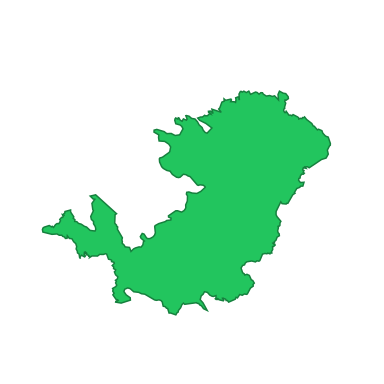 Xicotlán, Puebla, Mexico (Robinson projection), rotated 304°
{"feature_id": "50627088B38416403293523", "entity_name": "Xicotlán", "entity_type": "district", "adm_level": 2, "iso_a3": "MEX", "parent_name": "Mexico", "parent_adm1": "Puebla", "projection": "robinson", "projection_center": [-98.627, 18.113], "detail": "fine", "context": "isolated", "style": "filled", "palette": "green", "viewbox_px": 384, "rotation_deg": 304, "n_neighbors": 0, "source": "geoboundaries", "source_scale": "gbopen_adm2", "svg_char_len": 6017}
<svg xmlns="http://www.w3.org/2000/svg" viewBox="0 0 384 384"><g transform="rotate(304 192 192)"><path d="M309.6,279.6L313.7,274.2L313.0,271.4L313.9,267.6L315.5,265.4L314.8,261.8L313.6,261.2L314.9,256.6L314.5,255.6L315.8,253.0L316.2,246.5L317.2,243.3L316.1,243.1L315.6,242.1L314.3,242.1L313.9,240.9L312.2,239.7L313.1,239.0L313.3,237.7L312.7,232.5L311.0,232.2L311.0,231.0L309.9,229.4L311.6,224.9L310.2,225.2L309.7,224.4L310.6,222.6L311.9,221.8L313.3,222.1L314.1,221.3L318.1,220.0L318.9,218.3L320.4,217.7L320.7,218.7L323.3,219.7L324.8,218.4L326.0,214.7L324.9,212.3L324.5,208.1L320.9,208.8L316.7,212.2L317.9,206.7L316.1,205.1L315.4,202.4L313.1,200.0L313.0,196.4L313.7,194.9L312.8,193.5L310.6,192.9L310.9,190.3L310.4,188.8L305.7,185.9L307.4,182.7L304.8,181.4L304.6,178.6L302.9,177.8L302.9,176.4L302.3,175.9L299.5,176.2L295.2,179.5L295.0,179.2L296.1,178.3L296.5,176.9L294.5,175.5L293.1,176.9L290.6,178.0L290.5,176.7L288.5,173.5L290.4,173.2L290.8,172.3L286.9,168.7L287.1,166.5L285.3,167.9L283.2,166.5L277.3,168.0L275.7,167.7L274.8,170.9L274.3,171.1L271.8,162.2L269.2,165.1L268.7,164.6L269.4,163.9L269.4,162.0L268.1,160.5L267.2,161.3L267.8,161.9L267.0,164.1L266.7,162.9L263.8,162.1L262.7,160.6L262.7,159.6L260.1,158.8L259.0,157.2L256.5,155.4L255.7,158.3L256.6,165.2L256.2,172.7L249.2,171.6L248.7,169.6L249.5,166.7L251.1,164.3L251.6,160.4L253.2,157.4L254.2,153.7L252.8,150.5L253.2,147.2L252.2,144.5L251.8,144.2L249.7,147.2L248.4,147.2L247.8,144.0L245.1,144.2L245.0,142.0L246.1,139.7L245.9,139.2L245.2,139.8L244.5,139.5L244.3,137.1L243.3,137.0L241.8,137.6L239.5,140.4L240.9,144.6L240.7,146.8L239.3,149.2L232.5,149.8L229.4,146.4L228.9,142.0L226.3,138.4L226.5,135.1L224.2,127.8L222.1,126.0L220.4,127.0L220.8,132.5L218.3,133.9L215.9,136.2L218.7,141.1L218.7,146.0L217.4,149.1L213.0,151.0L211.7,150.8L204.2,148.0L202.2,146.3L201.2,146.4L198.7,148.4L196.0,152.7L195.5,155.0L195.8,159.1L197.0,162.2L195.6,165.9L195.6,170.9L196.5,172.9L197.7,173.9L201.9,174.9L203.1,177.6L203.0,179.3L203.7,181.9L200.8,192.4L201.0,193.5L202.5,194.7L203.9,197.5L203.8,199.7L203.2,200.3L197.5,199.0L193.6,196.9L191.2,192.7L190.3,189.4L188.8,187.8L187.1,188.5L186.2,190.5L181.8,193.2L177.7,194.0L175.6,195.6L174.2,195.9L172.1,195.8L169.5,194.6L168.4,190.5L167.3,189.0L159.1,185.8L158.1,186.6L158.6,189.3L156.9,190.1L154.3,187.0L152.4,186.3L147.2,182.1L143.5,180.2L142.5,180.4L137.6,184.5L135.1,185.1L132.7,184.7L129.9,183.2L128.6,181.4L128.5,180.0L130.3,175.8L129.8,173.9L126.1,174.1L125.1,175.7L124.7,179.9L123.7,179.5L120.8,180.8L117.8,180.6L116.9,178.8L114.0,176.4L112.2,175.4L108.6,174.7L111.1,171.2L109.1,167.2L110.0,165.6L110.5,162.7L112.1,161.9L113.0,160.7L115.1,159.9L119.4,151.0L121.5,149.9L121.5,148.6L122.3,148.0L122.9,145.4L130.2,140.9L131.8,141.6L135.8,113.7L131.7,109.9L130.9,113.9L131.6,115.5L126.6,115.4L121.8,119.7L121.5,120.7L115.1,121.7L113.0,123.9L112.5,126.9L110.6,128.1L109.2,131.2L107.3,133.1L105.4,133.4L103.2,129.0L104.0,124.2L103.4,122.0L103.4,118.2L102.5,115.4L103.0,113.1L102.0,111.2L103.6,110.4L103.8,108.2L105.3,107.9L107.5,102.6L109.2,101.4L104.8,97.6L103.4,98.3L101.7,97.8L101.2,98.6L100.8,97.2L99.8,98.8L98.6,99.0L98.0,98.1L95.3,97.7L94.6,99.1L91.3,99.3L90.4,97.8L88.7,97.1L85.2,97.0L85.4,95.3L84.5,95.0L84.4,92.4L80.2,89.1L78.9,88.6L77.2,89.0L75.4,90.8L78.6,99.6L81.7,103.5L81.9,106.1L83.4,108.3L82.9,109.5L83.4,111.5L82.7,113.0L83.7,114.3L86.0,113.1L84.9,116.3L86.1,118.6L84.6,121.7L84.2,124.5L82.3,126.9L80.0,127.8L78.9,129.9L77.5,131.1L77.4,133.1L74.8,135.5L74.4,136.8L75.4,135.5L77.8,135.7L78.1,139.2L78.6,139.4L79.4,139.3L79.8,137.7L81.9,136.5L82.7,137.0L82.5,138.3L81.0,137.7L81.9,139.5L81.1,139.9L81.6,141.4L80.9,142.3L81.4,142.6L81.4,143.8L80.8,143.9L83.1,144.9L86.1,149.5L88.7,150.4L90.6,153.4L92.5,154.8L92.8,156.0L89.6,160.4L90.4,162.5L90.4,163.7L89.3,164.2L90.1,166.7L89.4,167.5L86.4,167.0L86.1,169.0L84.6,169.8L84.9,172.1L83.7,172.6L82.4,172.3L80.6,175.0L80.2,178.0L78.1,178.7L76.0,177.9L75.7,179.2L73.9,179.5L72.7,181.7L70.9,181.7L67.6,180.1L67.0,181.2L65.5,181.7L64.5,184.0L62.5,183.9L60.5,189.1L61.1,190.7L60.8,191.4L58.7,190.0L58.0,190.3L60.3,195.4L67.9,201.4L69.8,199.9L69.9,195.0L71.4,191.2L73.8,190.6L76.6,192.4L77.3,194.8L76.7,199.5L79.0,203.9L79.4,207.0L80.9,210.0L81.6,221.3L82.3,223.1L84.2,225.0L84.7,227.2L84.2,228.8L81.2,232.0L82.0,234.1L81.4,235.7L81.8,237.0L78.8,240.7L79.7,241.9L81.1,247.3L83.5,247.1L84.8,247.7L86.1,247.0L89.7,247.3L93.0,246.6L95.1,247.1L94.8,248.7L102.8,257.7L102.6,258.5L103.3,259.9L102.7,261.5L102.9,263.6L101.7,266.8L102.3,270.8L106.3,263.0L107.3,259.0L111.0,257.7L113.6,258.4L116.3,258.1L117.4,260.9L116.5,264.4L116.8,267.0L117.4,268.2L119.5,269.8L117.7,271.1L116.5,271.0L116.4,272.1L117.2,273.3L117.7,272.5L118.1,272.9L117.9,275.0L119.3,278.8L120.1,278.8L121.0,276.7L121.4,277.1L121.9,279.9L121.1,281.0L121.8,282.0L121.2,284.0L127.3,287.8L129.3,287.4L129.6,288.9L133.7,288.9L134.5,291.4L136.8,292.5L137.6,294.4L138.4,294.9L145.0,294.2L148.2,295.4L149.5,294.3L151.3,294.6L152.6,291.9L152.4,290.2L154.9,286.2L154.5,283.6L152.7,282.2L153.4,280.9L153.4,279.1L156.4,275.2L159.4,275.0L161.0,276.3L162.7,275.9L164.7,276.4L168.2,280.1L169.5,283.7L171.2,284.3L172.1,286.2L173.1,286.6L179.9,285.2L181.8,286.8L182.7,288.7L183.7,289.0L184.3,291.2L185.1,291.0L186.0,292.3L187.3,291.2L189.4,291.1L191.8,289.3L192.4,290.1L194.5,290.6L195.0,289.8L194.5,288.9L194.8,287.6L196.2,288.6L196.8,288.0L198.9,288.6L202.2,287.8L204.6,288.9L206.1,287.6L206.4,286.2L207.7,284.7L210.5,283.7L212.1,282.1L211.8,283.1L213.3,283.6L215.7,282.2L217.4,282.1L219.2,276.0L220.3,274.3L222.9,272.6L233.5,271.1L232.7,273.2L234.7,276.8L235.5,276.8L236.2,277.8L246.0,277.1L248.6,278.1L248.8,277.2L253.5,276.9L256.2,278.8L257.4,278.6L258.9,280.6L262.7,279.4L260.5,276.6L261.3,273.9L263.0,273.0L264.1,273.8L265.5,272.9L268.1,272.9L269.1,274.4L270.4,274.6L270.4,273.2L272.4,272.8L272.1,271.7L272.5,271.2L274.4,270.8L275.4,273.3L276.0,271.6L277.5,273.6L277.6,275.6L291.4,281.2L295.1,284.2L299.6,283.8L302.4,280.8L307.1,280.2L308.1,280.5L309.6,279.6Z" fill="#22c55e" stroke="#15803d" stroke-width="1.5"/></g></svg>